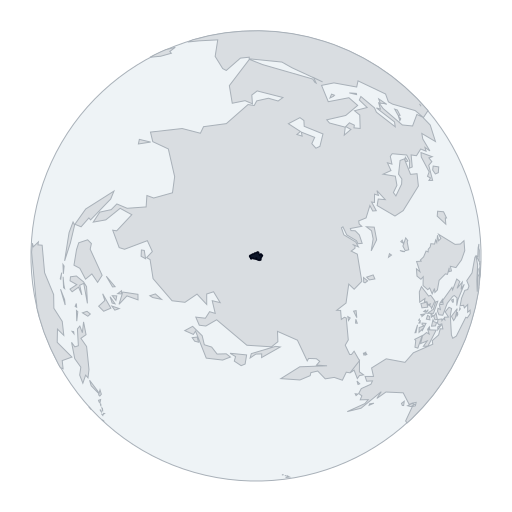 Bulgan on an orthographic globe, rotated 103°
{"feature_id": "MNG-3323", "entity_name": "Bulgan", "entity_type": "Province", "adm_level": 1, "iso_a3": "MNG", "parent_name": "Mongolia", "parent_adm1": "", "projection": "orthographic", "projection_center": [103.32, 48.825], "detail": "fine", "context": "on_globe", "style": "filled", "palette": "ink", "viewbox_px": 512, "rotation_deg": 103, "n_neighbors": 0, "source": "natural_earth", "source_scale": "10m", "svg_char_len": 13631}
<svg xmlns="http://www.w3.org/2000/svg" viewBox="0 0 512 512"><g transform="rotate(103 256 256)"><circle cx="256" cy="256" r="225" fill="#eef3f6" stroke="#a8b0b8"/><path d="M380.0,67.9L384.7,71.3L383.1,73.1L367.6,69.8L366.1,67.0L362.6,67.0L364.2,70.7L366.2,73.3L356.2,81.8L359.3,98.8L367.6,106.2L360.0,103.4L380.7,119.4L387.1,132.1L375.3,116.7L370.7,114.3L372.7,122.1L368.4,121.4L366.9,125.0L361.5,123.6L355.1,115.2L351.5,114.4L353.1,120.0L348.8,122.6L346.9,114.4L339.1,118.2L326.9,106.0L326.1,86.9L314.9,80.9L302.2,63.9L298.8,65.2L291.9,60.3L285.5,60.1L285.0,57.5L280.3,59.7L282.0,62.2L280.5,64.1L276.9,64.4L275.6,60.9L277.2,60.3L274.9,59.4L275.8,57.6L273.3,58.7L272.2,54.7L267.9,59.1L262.5,56.4L263.2,53.6L270.2,53.3L289.1,47.8L291.9,45.8L289.0,42.8L268.5,37.8L268.8,36.2L264.0,34.3L260.6,35.2L263.2,37.1L255.7,38.8L259.7,41.3L257.3,42.6L258.6,45.9L250.8,46.2L242.5,44.8L241.1,42.2L237.4,41.7L232.6,45.1L223.9,41.7L207.9,42.4L206.5,41.7L214.7,38.1L230.3,35.3L241.0,32.4L226.4,35.2L223.1,34.3L219.3,34.7L215.0,35.6L213.2,36.5L210.5,36.6L224.0,33.3L226.7,33.1L222.4,34.0L229.7,32.9L238.7,31.5L236.3,31.6L240.9,31.2L257.1,30.7L273.4,31.4L289.6,33.2L305.5,36.2L321.3,40.4L336.7,45.7L351.6,52.0L366.1,59.5L380.0,67.9ZM465.2,177.3L463.6,174.8L463.8,173.6L465.2,177.3ZM463.1,175.1L463.5,175.6L463.2,175.6L463.1,175.1ZM463.2,176.4L463.1,175.5L463.4,176.9L463.2,176.4ZM463.5,178.6L463.3,177.3L463.4,177.6L463.5,178.6ZM463.4,181.0L463.3,181.5L462.9,179.9L463.4,181.0ZM367.8,74.6L364.7,70.9L364.8,68.0L367.9,71.1L367.8,74.6ZM366.9,81.1L364.2,78.9L368.5,78.5L368.7,79.8L366.9,81.1ZM374.5,112.0L372.9,108.0L376.0,112.2L374.5,112.0ZM367.6,125.7L369.5,127.1L367.9,128.4L367.6,125.7ZM262.8,45.6L260.7,45.7L261.6,45.0L262.8,45.6ZM265.3,47.0L267.7,46.2L269.3,46.7L267.7,47.2L265.3,47.0ZM358.2,127.7L355.1,129.5L357.2,126.2L358.2,127.7ZM262.0,48.1L271.7,47.9L274.4,48.9L270.8,52.0L262.0,48.1ZM352.6,129.7L345.2,134.7L348.7,138.1L334.7,131.6L345.6,129.2L347.6,124.4L349.2,128.3L352.6,129.7ZM284.1,62.9L282.1,60.2L287.1,62.3L284.1,62.9ZM287.7,63.8L305.2,68.2L306.3,72.6L300.2,70.1L304.3,75.9L296.3,75.8L292.2,72.6L293.1,69.7L289.3,72.0L287.7,63.8ZM328.1,127.4L325.4,127.5L327.0,125.8L328.1,127.4ZM280.3,65.1L283.7,65.4L284.9,69.2L278.3,69.2L280.0,68.0L280.3,65.1ZM309.4,77.6L309.1,80.6L302.5,81.3L301.5,82.6L296.2,76.2L309.4,77.6ZM277.9,67.3L274.9,69.2L271.0,67.8L277.0,65.0L277.9,67.3ZM288.1,70.3L288.3,72.1L286.0,71.1L288.1,70.3ZM255.5,64.2L259.6,64.3L260.6,66.2L255.5,64.2ZM274.0,70.0L275.3,70.5L276.2,71.4L273.4,72.4L274.0,70.0ZM291.9,77.3L289.2,77.1L293.7,80.0L289.0,80.9L286.3,76.5L285.4,78.8L284.0,79.1L283.4,75.2L291.9,77.3ZM273.2,76.0L268.1,71.2L260.3,70.6L259.2,68.7L272.0,70.2L273.2,76.0ZM279.2,75.8L275.2,75.5L275.9,73.3L279.1,72.2L279.2,75.8ZM286.7,83.1L294.7,82.9L295.0,83.8L286.7,83.1ZM270.8,76.2L272.0,77.4L270.1,76.4L270.8,76.2ZM281.6,81.4L284.4,81.1L284.7,82.2L281.6,81.4ZM272.3,80.1L270.6,78.5L272.7,77.6L272.3,80.1ZM276.4,81.0L276.2,82.7L274.4,78.3L277.6,80.7L276.4,81.0ZM281.4,82.5L282.5,83.1L280.2,82.5L281.4,82.5ZM265.3,84.6L262.6,79.3L267.2,77.2L269.2,82.6L265.3,84.6ZM75.6,121.1L83.4,124.0L78.5,133.6L77.3,157.1L76.0,161.7L69.0,166.2L62.4,196.0L68.7,195.9L69.8,219.0L75.0,230.5L89.4,220.3L80.9,201.1L86.4,190.8L98.9,200.2L107.4,217.7L109.9,214.3L110.4,198.0L118.4,197.2L111.3,192.0L109.7,197.7L105.2,194.9L106.4,189.6L109.1,189.4L108.3,183.2L95.3,186.6L92.3,192.7L86.3,181.1L80.8,190.4L77.0,189.7L85.0,173.9L88.8,171.0L98.8,149.4L94.2,151.2L84.6,172.0L84.9,167.8L78.7,171.2L83.7,165.3L95.4,142.9L94.1,132.7L81.9,131.1L83.2,124.9L89.2,115.7L104.1,106.9L99.3,122.0L104.5,119.8L114.5,110.2L112.2,115.8L115.6,113.9L114.7,119.6L122.2,122.2L122.6,127.6L134.1,123.8L135.9,126.3L128.6,127.7L123.7,131.9L125.7,146.3L128.6,147.6L135.9,144.2L135.6,148.9L142.4,143.7L147.7,150.6L146.9,138.2L155.4,134.6L163.3,136.4L166.0,133.2L153.2,130.3L148.2,131.2L144.2,135.5L130.5,137.1L128.0,133.3L141.7,123.8L139.6,117.6L151.3,113.5L178.7,122.8L185.8,129.6L179.6,149.3L173.0,149.7L172.0,142.7L165.1,152.9L169.4,150.3L169.1,154.4L177.2,152.6L177.4,155.5L184.8,149.0L185.9,152.4L181.2,156.4L194.1,157.3L198.7,163.8L201.6,162.7L203.3,159.6L208.0,170.3L209.9,169.1L209.1,165.0L212.3,160.0L219.8,155.4L221.1,159.4L218.5,161.5L215.0,172.3L208.0,177.9L209.3,179.1L215.6,175.2L219.9,162.0L224.1,158.2L223.0,164.5L223.7,161.9L226.2,161.3L229.8,164.4L231.4,157.7L256.9,147.2L266.3,152.9L262.5,159.3L281.6,157.7L290.8,165.2L290.0,161.3L298.6,158.6L295.8,156.1L296.1,154.1L317.0,147.2L322.8,149.0L330.9,142.6L330.5,140.8L326.7,139.0L334.7,131.6L348.7,138.1L348.9,141.9L357.6,143.9L356.7,152.5L360.1,160.9L354.2,170.0L357.3,176.3L360.4,176.3L366.9,185.3L369.9,204.2L354.1,188.4L347.0,162.1L348.7,172.5L344.3,170.2L342.5,174.1L344.0,181.7L346.7,182.5L328.7,196.7L324.6,218.1L334.6,215.4L341.0,220.5L345.0,244.8L327.0,280.0L335.5,289.1L336.2,295.7L329.1,300.9L328.0,291.3L320.7,288.7L321.1,282.8L309.4,288.6L309.5,280.4L300.4,289.3L304.1,295.5L314.3,293.1L306.4,304.9L317.1,314.8L318.5,327.7L301.2,351.2L283.3,358.4L282.2,362.2L275.0,358.0L265.5,365.3L279.0,385.6L278.6,391.2L263.1,401.4L262.8,397.4L243.7,386.3L240.1,399.1L254.6,410.5L259.6,422.2L248.4,418.1L243.4,407.5L236.6,403.3L238.5,392.3L232.9,374.1L221.6,375.9L222.5,368.7L213.2,351.6L197.0,353.1L171.4,365.5L167.8,382.3L159.0,386.7L148.4,356.6L148.9,337.8L141.8,336.2L133.7,314.7L110.2,297.8L109.8,291.6L104.7,290.2L99.5,279.4L100.0,269.3L95.5,265.4L94.9,292.0L100.1,296.3L108.5,293.7L107.1,301.6L112.5,313.5L96.0,320.3L65.9,306.7L68.0,292.7L70.8,240.6L73.5,237.8L73.7,237.3L74.0,236.3L69.2,240.0L71.4,230.3L64.5,263.2L61.2,274.4L65.4,307.0L63.8,307.3L66.7,315.7L81.9,326.7L80.9,330.6L70.7,340.7L54.0,341.9L59.1,359.7L62.8,370.5L59.6,366.3L51.9,351.4L45.4,336.1L40.1,320.2L35.9,304.0L32.9,287.6L31.2,271.0L30.7,254.3L31.5,237.6L32.3,229.5L32.4,228.2L35.1,211.7L39.0,195.5L44.1,179.6L50.3,164.1L57.7,149.2L66.1,134.8L75.6,121.1ZM73.0,128.8L71.0,130.9L73.0,128.8ZM111.3,244.3L119.8,254.2L124.7,240.7L128.4,243.5L128.8,238.0L125.1,239.7L127.2,225.5L134.0,226.9L137.5,221.9L134.8,218.4L122.0,218.2L118.8,238.2L113.2,239.8L111.3,244.3ZM222.3,34.4L221.1,34.7L216.7,35.5L218.6,34.9L222.3,34.4ZM197.9,41.4L194.1,41.5L198.2,40.8L200.1,39.7L211.2,37.4L206.3,41.3L206.6,39.8L197.9,41.4ZM224.6,35.9L218.1,36.6L225.4,35.8L224.6,35.9ZM135.7,99.7L132.5,103.2L128.5,103.6L128.1,98.0L133.8,97.1L135.7,99.7ZM128.8,108.1L142.6,100.9L143.5,104.5L140.7,103.6L139.8,106.8L135.1,106.2L122.4,117.2L118.1,118.5L119.6,106.6L121.5,109.6L124.5,105.9L128.8,108.1ZM176.4,80.1L182.3,78.2L176.4,88.4L171.5,89.1L170.7,83.2L176.1,78.9L176.4,80.1ZM253.8,54.0L256.5,53.4L256.8,54.2L254.9,55.5L253.8,54.0ZM257.3,64.1L242.5,58.0L244.8,56.8L233.3,55.2L235.0,51.7L242.3,52.8L235.0,49.1L242.3,48.7L236.7,46.7L252.9,49.4L259.2,49.3L251.6,50.7L249.9,53.9L251.1,55.2L259.0,59.0L271.7,60.7L272.1,64.5L269.0,66.7L266.0,66.9L266.7,64.3L262.2,66.4L260.9,62.8L257.3,64.1ZM232.4,96.8L234.5,92.7L225.2,98.3L223.9,93.9L222.9,94.9L219.2,92.5L212.9,91.4L213.3,89.2L210.7,89.7L208.1,88.3L204.7,88.4L204.2,84.7L200.0,84.6L202.2,82.9L195.0,83.8L200.1,81.5L197.3,79.8L193.8,82.9L199.9,64.7L198.4,59.6L194.3,56.8L203.8,53.8L213.6,54.9L222.3,58.6L222.3,64.3L226.6,62.2L227.9,64.4L224.0,65.1L230.8,65.3L230.8,67.4L238.5,72.1L248.3,71.6L251.3,73.5L247.5,74.8L253.2,75.8L248.1,79.6L250.2,81.1L247.2,86.6L238.6,88.4L241.6,90.1L239.4,94.6L232.4,96.8ZM264.2,86.1L254.2,88.8L248.6,87.9L256.2,78.8L255.0,76.9L259.6,71.6L267.7,73.1L265.6,74.5L265.5,76.2L263.0,75.0L264.9,77.2L262.1,79.2L262.8,81.6L259.4,81.8L264.2,86.1ZM78.8,162.7L78.6,165.6L79.2,169.3L75.3,171.8L78.8,162.7ZM86.5,147.3L87.0,149.1L81.7,153.9L82.0,151.1L86.5,147.3ZM91.7,146.3L87.4,148.9L89.8,145.8L91.7,146.3ZM129.4,129.3L130.4,131.3L128.8,132.6L126.2,132.7L129.4,129.3ZM204.7,114.2L206.8,111.6L208.2,111.9L215.6,108.6L217.2,111.8L213.3,115.1L204.7,114.2ZM85.4,219.5L81.3,218.8L81.7,215.7L83.0,216.5L85.4,219.5ZM76.1,194.3L76.1,201.8L75.0,194.8L76.1,194.3ZM207.7,117.1L210.5,115.3L209.5,118.1L207.7,117.1ZM218.7,114.0L218.3,117.0L218.2,111.8L218.7,114.0ZM78.4,394.6L75.1,390.1L70.8,381.6L76.1,386.0L77.5,384.1L82.8,393.8L86.2,404.0L83.1,400.5L78.4,394.6ZM315.9,441.6L322.6,441.0L322.3,441.6L315.9,441.6ZM309.0,440.7L316.7,439.7L307.6,442.2L309.0,440.7ZM319.6,439.3L327.4,436.7L330.8,435.1L330.1,436.4L319.6,439.3ZM303.8,441.4L275.3,443.4L264.0,441.9L266.7,439.7L285.0,439.8L303.8,441.4ZM265.8,439.6L248.5,432.5L224.7,409.0L233.2,410.4L258.0,425.3L256.5,427.4L266.9,433.0L265.8,439.6ZM307.6,424.9L305.9,431.3L290.2,432.3L283.0,431.7L278.1,423.7L280.9,419.2L286.7,419.1L309.4,401.6L317.3,404.4L310.4,411.9L316.9,416.9L307.6,424.9ZM168.7,384.3L173.3,395.8L168.6,395.9L168.7,384.3ZM318.4,388.8L309.4,397.3L317.6,386.4L318.4,388.8ZM323.2,378.5L323.8,382.3L320.1,379.2L323.2,378.5ZM282.1,367.9L275.9,369.0L275.7,366.1L283.5,363.0L282.1,367.9ZM319.5,338.3L319.7,347.3L318.6,350.5L315.6,345.5L319.5,338.3ZM225.1,144.9L213.0,145.7L205.4,149.1L202.7,155.0L201.3,147.3L213.1,142.1L225.1,144.9ZM252.8,146.4L255.1,141.6L257.6,143.7L257.4,145.1L252.8,146.4ZM251.7,143.4L248.1,137.6L251.6,135.0L253.8,140.1L251.7,143.4ZM227.4,126.6L223.7,126.5L224.6,124.2L227.4,126.6ZM362.8,454.4L362.3,454.5L357.6,457.1L363.1,453.9L355.7,457.9L353.6,458.4L346.2,461.1L302.8,475.5L293.8,476.7L297.2,475.1L291.2,471.2L294.2,471.0L293.6,466.8L319.9,458.2L339.1,444.5L352.4,441.2L363.3,430.1L376.6,425.4L371.9,433.0L384.8,430.3L395.9,412.6L401.5,421.3L409.3,418.6L408.8,421.5L405.8,424.3L392.2,435.4L377.9,445.5L362.8,454.4ZM441.8,383.3L441.1,384.4L440.5,384.9L441.8,383.2L442.8,381.9L441.8,383.3ZM450.6,368.4L451.0,368.0L450.4,369.1L450.6,368.4ZM450.1,369.0L451.3,366.6L450.8,367.9L450.1,369.0ZM444.4,371.2L445.5,369.4L445.8,369.4L444.4,371.2ZM332.3,439.0L341.7,432.6L346.7,430.9L332.3,439.0ZM443.3,371.1L440.8,373.5L441.2,372.5L443.3,371.1ZM443.6,369.1L443.5,368.2L444.7,369.2L443.6,369.1ZM439.1,371.3L442.0,370.3L438.7,371.9L439.1,371.3ZM437.3,373.3L435.1,374.4L435.2,373.9L437.3,373.3ZM410.4,395.2L418.9,396.1L411.7,401.0L403.7,401.7L396.8,409.5L381.6,416.3L385.3,412.1L383.4,408.9L367.2,413.6L363.9,411.9L369.8,407.9L359.0,409.2L370.9,403.9L375.6,408.1L382.3,400.7L393.6,396.8L404.2,393.2L412.5,392.3L410.4,395.2ZM370.7,416.7L372.7,415.9L370.8,418.3L370.7,416.7ZM430.8,375.1L434.0,375.0L433.6,376.0L432.0,377.0L430.8,375.1ZM414.5,390.2L423.5,379.5L425.6,378.0L419.5,387.4L414.5,390.2ZM421.5,377.9L425.5,375.6L427.6,376.7L426.7,378.1L421.5,377.9ZM346.3,419.2L345.8,420.9L342.7,420.4L346.3,419.2ZM350.4,417.1L359.8,416.0L349.5,418.7L350.4,417.1ZM321.4,417.7L324.2,421.2L333.1,416.9L326.3,421.9L332.2,427.1L330.1,429.8L324.2,424.2L322.0,431.6L318.0,432.1L315.9,426.5L320.0,418.2L324.0,414.2L340.1,409.6L321.4,417.7ZM350.4,412.3L347.9,408.2L349.8,404.4L352.5,406.3L350.4,412.3ZM340.3,398.0L333.4,393.3L327.3,396.9L339.5,385.7L344.1,392.0L340.3,398.0ZM334.2,385.6L328.5,389.0L334.3,382.6L334.2,385.6ZM327.0,387.1L326.2,382.7L330.8,382.5L327.0,387.1ZM337.2,385.2L338.0,377.4L340.5,381.4L337.2,385.2ZM323.9,372.8L333.9,378.6L321.1,377.7L319.9,362.4L325.3,361.1L323.9,372.8ZM349.9,299.8L348.2,295.1L352.9,292.6L352.8,296.6L349.9,299.8ZM366.7,281.5L353.6,290.5L342.8,298.0L346.5,299.4L344.7,308.6L338.8,301.9L345.8,290.5L354.1,286.4L354.7,278.7L360.3,271.9L358.0,263.0L360.2,258.2L364.9,265.1L366.7,281.5ZM356.6,259.4L354.5,242.9L363.7,242.3L366.2,245.8L363.3,253.5L358.6,253.3L356.6,259.4ZM356.7,238.8L352.2,238.6L339.6,216.5L339.2,211.9L353.7,227.7L350.1,228.4L351.6,234.1L356.7,238.8ZM326.6,129.5L325.5,127.7L328.0,128.7L326.6,129.5ZM294.4,152.9L295.2,150.3L298.1,151.4L294.4,152.9ZM299.0,143.9L295.2,144.5L298.7,142.2L299.0,143.9ZM286.7,146.2L293.4,143.9L287.8,148.5L286.7,146.2Z" fill="#d9dde1" stroke="#a8b0b8" stroke-width="1"/><path d="M254.2,249.8L254.6,249.9L254.9,250.1L255.0,250.2L255.5,250.2L255.8,250.4L255.8,250.5L256.0,250.6L256.3,250.6L256.5,250.8L256.9,250.9L257.2,250.6L257.3,250.6L257.6,250.8L257.8,250.8L258.0,250.8L258.2,250.7L258.3,250.6L258.5,250.4L258.8,250.5L259.0,250.8L259.1,251.0L259.3,251.3L259.2,251.4L259.0,251.6L259.0,251.8L259.2,252.1L259.5,252.4L259.5,252.5L259.4,252.7L259.4,253.2L259.4,253.3L259.4,253.6L259.3,253.9L259.2,254.1L259.2,254.4L259.1,254.7L259.1,254.9L258.9,254.8L258.7,254.8L258.5,255.0L258.1,254.9L257.9,254.9L257.8,255.1L257.8,255.4L258.2,255.5L258.4,255.5L258.5,255.6L258.9,255.8L259.0,255.9L259.1,256.0L259.1,256.3L259.1,256.6L259.1,256.8L259.2,257.1L259.2,257.4L259.2,257.6L259.1,257.8L258.9,257.9L258.8,258.0L258.7,258.2L258.7,258.4L258.6,258.5L258.7,258.8L258.8,259.0L258.8,259.3L259.1,259.4L259.5,259.4L259.7,259.5L259.6,259.8L259.8,260.4L259.8,260.5L259.5,260.6L259.2,260.6L259.1,260.8L258.9,260.8L258.7,260.8L258.2,261.1L258.0,261.3L258.0,261.5L258.3,261.8L258.2,262.0L257.7,262.1L257.4,262.2L257.2,262.1L256.9,262.0L256.9,261.8L256.7,261.7L256.4,261.4L256.2,261.2L256.0,260.9L255.9,260.7L255.7,260.4L255.4,260.3L255.3,260.2L255.2,260.0L255.2,259.9L254.9,259.7L254.7,259.5L254.7,259.2L254.7,258.9L254.5,258.7L254.3,258.4L254.2,258.2L253.9,258.2L253.6,258.1L253.5,257.9L253.5,257.7L253.4,257.5L253.3,257.4L253.2,257.4L253.1,257.2L253.1,256.6L253.0,256.2L252.9,256.0L252.7,256.2L252.4,256.0L252.4,255.9L252.2,255.8L252.0,255.7L251.9,255.7L251.7,255.4L251.7,255.2L251.7,254.9L251.8,254.5L251.8,254.4L252.0,254.3L252.2,254.2L252.4,254.0L252.5,253.9L252.9,253.7L253.0,253.7L253.3,253.6L253.5,253.5L253.6,253.4L253.8,253.3L253.8,253.1L253.9,252.9L254.0,252.8L254.3,252.8L254.6,252.6L254.5,252.4L254.3,252.3L254.1,252.2L253.9,252.1L253.6,252.0L253.4,251.9L253.1,251.8L253.0,251.7L252.9,251.7L252.9,251.4L253.0,251.3L253.1,251.2L253.3,250.9L253.5,250.8L253.6,250.7L253.7,250.4L253.7,250.2L253.8,250.1L254.1,249.9L254.2,249.8Z" fill="#0f172a" stroke="#020617" stroke-width="1.5"/></g></svg>